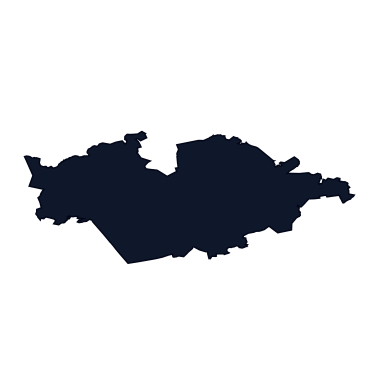 outline of Lielauces pag., Auces, Latvia, rotated 349°
{"feature_id": "27541924B7578032784001", "entity_name": "Lielauces pag.", "entity_type": "district", "adm_level": 2, "iso_a3": "LVA", "parent_name": "Latvia", "parent_adm1": "Auces", "projection": "natural_earth1", "projection_center": [22.854, 56.526], "detail": "fine", "context": "isolated", "style": "filled", "palette": "ink", "viewbox_px": 384, "rotation_deg": 349, "n_neighbors": 0, "source": "geoboundaries", "source_scale": "gbopen_adm2", "svg_char_len": 5832}
<svg xmlns="http://www.w3.org/2000/svg" viewBox="0 0 384 384"><g transform="rotate(349 192 192)"><path d="M230.8,141.4L230.1,141.4L229.5,141.4L228.3,141.0L227.8,140.9L226.8,141.1L224.2,141.2L223.5,141.0L223.5,140.6L223.0,140.9L222.7,141.2L221.2,141.7L219.8,142.0L219.3,142.4L213.1,143.8L208.2,142.7L186.1,142.8L187.0,147.7L184.8,151.0L184.5,151.8L184.5,154.2L184.1,154.3L183.4,161.0L183.4,162.2L183.1,165.6L180.4,165.5L180.6,167.0L180.9,169.0L176.9,170.1L170.6,172.0L161.9,164.0L154.8,161.8L151.2,160.5L150.3,157.4L154.3,154.5L156.9,153.6L148.4,149.0L147.5,147.1L145.8,143.5L145.3,143.0L145.4,142.2L146.6,142.1L146.8,138.3L150.5,138.0L149.9,135.5L148.9,132.3L146.8,129.8L148.7,129.1L151.3,131.8L157.8,130.1L157.0,127.1L156.8,126.0L156.9,125.9L157.4,125.7L155.1,123.8L154.4,123.1L153.9,123.2L149.7,124.8L145.6,124.3L142.1,123.8L139.5,123.1L139.1,123.2L136.8,124.7L136.1,127.6L138.0,129.2L136.6,131.9L135.4,131.8L135.1,131.7L133.2,128.6L126.7,128.7L120.8,129.7L113.5,126.9L110.2,127.3L108.1,129.2L107.5,129.2L105.1,128.1L103.8,128.2L102.9,128.5L101.0,129.6L100.1,129.9L98.5,130.2L96.9,132.3L96.8,132.6L96.7,133.4L96.8,133.7L98.1,135.4L98.1,135.6L97.4,136.8L97.1,137.0L95.8,136.6L94.9,136.5L93.2,136.1L92.0,136.1L91.9,136.5L91.7,136.8L91.4,136.4L91.1,136.6L90.5,136.4L88.0,136.3L86.9,135.2L86.2,135.0L85.7,134.7L83.9,134.2L83.2,134.4L81.7,134.4L80.9,134.8L80.4,135.0L79.0,135.1L78.7,135.0L78.4,135.0L78.1,135.2L78.1,135.4L77.8,135.5L77.7,135.6L77.5,135.4L77.3,135.6L77.4,135.9L77.4,136.0L77.2,135.9L76.9,135.7L76.6,135.8L76.5,136.1L76.3,136.2L75.9,136.0L75.7,136.1L75.3,136.1L75.2,135.9L74.6,136.2L74.4,136.0L74.1,136.1L73.9,136.3L73.6,136.4L73.2,136.6L72.8,136.6L72.5,136.4L72.3,136.7L72.1,136.5L71.5,137.2L71.4,137.4L70.8,137.4L70.2,137.7L69.8,137.6L69.4,137.7L69.3,137.8L69.4,138.0L66.5,139.5L66.3,140.2L64.8,141.5L62.3,142.1L60.0,142.0L58.8,140.2L57.7,140.1L56.8,140.9L53.9,140.3L53.9,139.4L53.6,139.1L50.6,138.8L49.7,138.2L48.8,138.0L48.7,137.4L47.8,136.1L47.7,133.5L48.4,132.3L49.0,130.4L46.0,128.9L45.9,128.8L44.5,128.7L44.0,128.2L41.8,128.3L41.1,128.2L40.9,127.7L40.0,126.7L38.1,125.7L36.9,125.4L36.5,125.2L34.4,125.3L35.5,129.7L35.8,131.1L39.1,145.5L33.3,155.2L47.0,161.0L45.9,162.2L45.7,162.2L43.9,164.1L44.1,164.2L43.2,165.1L43.5,165.3L41.7,167.3L39.8,168.3L40.9,173.5L41.1,178.8L36.3,179.5L36.0,180.7L35.9,181.7L34.6,183.8L35.9,186.3L36.0,187.3L37.7,190.5L38.2,189.5L39.0,189.1L39.3,189.1L41.1,189.8L41.5,189.9L41.9,189.6L42.1,189.3L43.9,188.6L47.5,190.2L51.4,192.1L52.9,194.1L50.2,196.8L55.0,198.7L57.2,197.6L59.4,197.4L60.2,197.7L60.3,197.8L61.8,197.2L62.0,196.4L62.7,196.5L63.7,195.6L64.0,195.7L64.4,194.9L64.3,194.4L65.1,194.2L66.0,195.0L67.3,193.9L65.3,192.5L66.5,192.1L70.0,193.4L73.6,193.7L74.2,193.8L75.2,194.2L74.4,195.8L74.7,196.0L80.8,197.5L79.7,197.8L78.1,197.9L77.8,198.4L75.9,197.9L73.8,199.5L75.2,200.4L78.4,200.6L79.8,200.3L82.9,200.6L86.0,199.2L86.7,199.7L88.2,200.1L89.1,202.6L90.6,205.2L91.8,207.2L92.0,207.6L97.2,216.6L101.2,223.9L102.0,225.5L102.8,226.6L104.7,230.1L106.0,232.7L109.5,239.1L115.6,249.7L126.7,250.1L143.4,250.4L150.5,250.2L157.3,249.3L160.8,249.3L161.2,249.7L160.9,251.0L161.2,252.2L162.1,252.4L164.6,252.5L165.6,252.2L166.9,252.2L171.5,253.8L175.2,251.4L176.8,250.2L180.9,247.9L181.7,247.3L182.2,246.2L183.3,246.1L188.4,250.2L194.3,253.3L196.1,253.7L195.7,255.7L196.0,260.6L197.3,260.9L199.2,258.8L203.2,259.7L203.6,259.6L203.6,259.0L203.9,257.3L211.9,258.8L211.9,259.4L216.6,258.9L216.8,258.8L215.5,257.8L215.0,257.3L215.0,255.6L215.5,254.5L215.8,254.0L218.1,253.3L220.0,253.9L221.2,253.7L222.5,253.8L222.5,253.7L223.5,253.6L224.9,253.3L226.0,253.3L228.1,254.8L227.8,255.4L230.0,256.3L230.7,256.5L233.3,256.1L234.7,255.7L235.3,255.8L235.1,255.5L236.4,254.4L234.3,253.6L236.3,251.5L236.0,249.6L235.8,249.0L235.9,247.5L233.3,246.5L234.1,244.7L239.4,243.1L240.0,243.1L244.9,243.2L247.4,242.7L250.6,243.2L252.1,243.1L255.8,242.6L260.9,240.2L261.6,240.8L262.6,241.9L265.9,245.6L268.5,248.4L270.7,248.3L282.4,248.2L283.9,241.8L289.2,237.5L289.2,237.4L291.6,236.5L292.7,236.4L293.9,235.4L293.8,233.8L294.4,232.7L293.3,230.5L293.6,229.2L293.6,228.9L294.2,228.1L293.2,226.7L292.7,226.4L293.2,225.4L295.9,227.3L296.3,227.4L299.9,225.0L301.8,223.5L305.3,221.0L311.3,221.9L316.2,222.3L316.2,220.5L322.9,220.6L323.6,222.5L335.8,223.2L336.1,224.5L336.4,225.4L336.5,226.4L337.0,227.5L338.0,231.3L338.9,231.6L342.2,229.9L344.9,229.2L346.3,229.1L347.2,228.1L349.4,227.2L350.7,226.0L347.1,224.6L346.5,224.4L345.5,223.6L346.1,220.5L345.7,218.4L347.6,217.6L346.6,216.0L346.0,215.8L345.8,215.1L346.6,213.3L346.2,212.7L345.3,212.1L344.1,211.2L341.6,210.7L341.0,210.5L341.0,210.3L338.2,209.4L338.1,209.2L338.8,209.2L339.4,208.2L339.7,207.0L338.1,206.4L337.8,206.1L336.8,205.9L333.4,206.9L328.1,204.5L325.7,206.2L323.2,204.6L321.4,208.5L320.7,208.7L319.4,208.2L319.1,208.5L318.6,208.7L317.8,208.0L319.3,205.4L319.7,204.9L320.3,203.2L321.5,203.6L321.6,202.5L321.8,201.7L321.7,201.6L321.5,199.1L319.1,197.9L318.9,197.7L314.8,198.5L312.2,197.5L310.5,195.6L309.2,195.3L301.1,194.5L289.1,191.9L291.3,190.2L294.1,189.1L296.0,188.5L299.2,186.8L300.4,186.8L301.0,186.1L302.6,184.7L302.9,182.8L303.0,182.7L302.4,180.7L299.1,177.2L289.5,180.7L288.3,181.0L284.9,179.7L283.5,180.4L283.7,180.8L284.0,181.1L285.9,182.7L283.7,183.7L282.8,182.3L280.6,182.3L280.5,183.2L278.1,183.1L278.5,180.8L277.3,177.5L278.5,177.1L277.9,176.9L276.8,175.8L274.5,172.9L265.3,161.8L264.8,161.3L263.3,160.2L259.1,158.1L258.4,157.7L257.8,157.1L257.0,156.7L256.6,156.3L255.1,154.4L254.7,153.7L254.5,154.0L252.7,154.7L252.3,154.5L251.2,154.2L250.2,153.7L249.4,154.7L246.4,153.2L247.5,152.7L249.6,152.0L250.0,151.3L248.9,149.6L247.6,148.8L246.9,148.2L247.1,147.7L244.2,146.5L243.4,145.7L238.6,148.2L235.4,146.9L234.6,144.3L234.9,143.3L234.0,142.9L233.7,143.3L232.0,142.5L230.8,141.4Z" fill="#0f172a" stroke="#020617" stroke-width="1.5"/></g></svg>